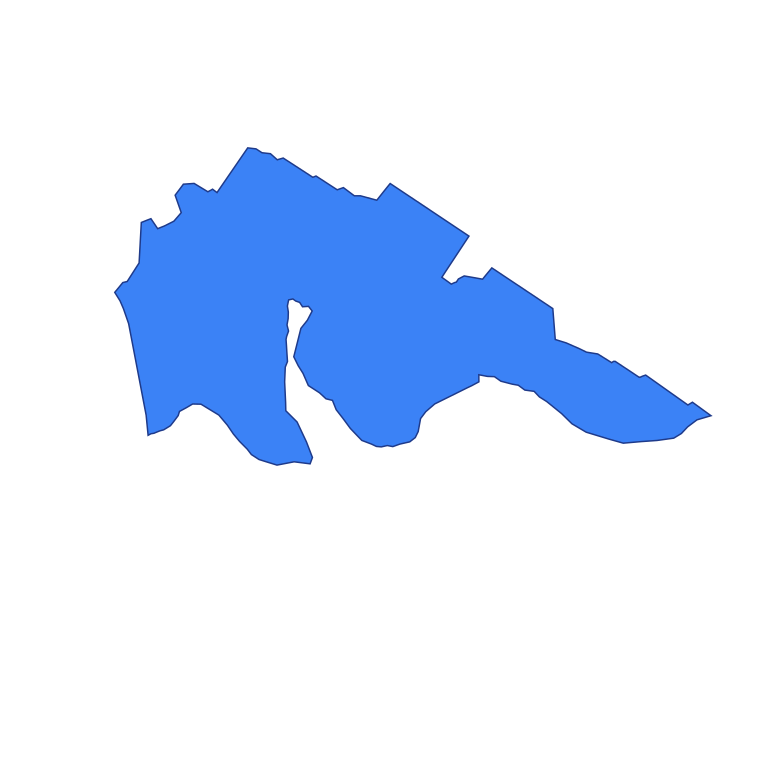 the district of Saparmyrat Turkmenbasy, Tashauz, Turkmenistan, rotated 213°
{"feature_id": "10190150B43921321162948", "entity_name": "Saparmyrat Turkmenbasy", "entity_type": "district", "adm_level": 2, "iso_a3": "TKM", "parent_name": "Turkmenistan", "parent_adm1": "Tashauz", "projection": "natural_earth1", "projection_center": [58.279, 42.355], "detail": "fine", "context": "isolated", "style": "filled", "palette": "blue", "viewbox_px": 768, "rotation_deg": 213, "n_neighbors": 0, "source": "geoboundaries", "source_scale": "gbopen_adm2", "svg_char_len": 2522}
<svg xmlns="http://www.w3.org/2000/svg" viewBox="0 0 768 768"><g transform="rotate(213 384 384)"><path d="M357.9,530.6L358.4,525.6L366.5,522.2L375.6,518.3L376.8,516.2L378.8,512.6L378.8,512.3L378.8,508.9L379.7,507.9L380.1,507.4L382.0,504.4L393.6,505.0L393.6,511.7L393.3,554.3L488.0,555.5L488.1,554.9L489.1,545.1L490.1,534.5L490.2,534.2L506.3,529.0L510.1,526.5L511.2,525.8L511.4,525.7L513.3,525.8L525.0,526.6L526.8,524.3L529.0,521.4L553.7,521.4L554.3,521.4L555.9,519.1L556.3,518.6L590.3,518.6L591.6,518.6L595.0,514.7L595.6,513.9L603.2,515.1L604.7,515.3L611.9,511.7L612.3,511.5L613.9,511.5L619.4,511.5L626.9,507.8L628.3,454.1L628.3,453.6L631.0,453.8L633.9,454.0L634.9,452.0L636.4,449.3L652.5,448.8L655.4,446.6L661.1,442.3L661.1,441.5L662.0,428.6L647.4,417.3L647.7,414.7L648.9,406.1L651.1,402.3L654.4,396.7L655.7,394.9L658.4,391.0L669.5,395.7L671.7,392.7L675.5,387.3L666.9,372.3L662.4,364.5L655.3,352.1L655.3,348.3L655.2,330.1L657.1,328.1L658.3,326.8L659.5,316.1L659.6,315.6L659.7,314.2L650.7,310.0L643.6,305.3L631.0,295.5L566.5,228.3L553.9,212.5L552.4,215.3L550.1,217.4L548.6,219.6L546.4,222.7L543.8,225.6L540.4,232.7L539.9,237.9L539.4,245.4L540.6,249.6L536.9,256.4L533.6,263.0L526.5,267.4L505.6,268.0L493.0,264.2L483.0,260.0L473.9,257.2L463.3,254.9L456.8,252.6L447.7,252.6L441.2,254.4L429.6,257.7L417.0,269.8L402.5,276.8L404.0,283.4L417.5,293.2L436.2,304.8L451.8,308.1L456.3,314.7L468.5,331.7L476.0,344.4L477.2,350.3L483.2,358.3L486.5,362.8L490.4,368.0L491.5,370.7L492.9,376.4L497.5,380.7L500.0,386.6L503.4,392.2L507.5,396.8L509.8,402.6L506.7,405.7L503.2,405.5L499.2,406.5L494.4,404.4L489.6,408.0L484.0,406.1L483.0,395.7L484.0,385.4L479.5,372.3L474.5,357.7L465.9,352.6L457.7,348.8L446.6,341.5L433.3,341.5L424.6,340.0L418.3,342.2L410.1,336.4L399.7,332.8L388.0,328.4L381.3,326.8L371.9,324.6L361.7,326.8L356.4,327.5L352.0,329.8L347.7,334.2L342.5,336.3L338.0,342.2L330.9,349.5L328.6,356.1L329.4,362.7L334.5,374.9L333.9,383.5L330.6,394.9L311.9,426.5L309.6,430.2L305.6,437.5L309.5,443.4L301.4,446.7L295.4,450.3L287.5,450.0L276.4,453.7L270.7,456.1L262.6,455.6L254.1,459.6L246.6,457.8L238.0,457.9L218.9,455.9L204.7,453.0L188.2,453.7L165.3,460.3L151.1,464.7L136.9,475.8L124.2,485.4L111.5,496.4L107.6,504.5L106.0,513.4L102.0,524.4L92.5,535.5L115.4,536.7L117.7,531.9L169.4,534.0L171.6,531.2L172.8,529.2L173.1,529.2L173.6,528.6L202.4,528.9L203.8,528.0L204.7,525.9L210.2,525.8L221.1,525.6L231.5,521.0L238.9,520.1L253.6,517.7L264.6,514.6L283.5,539.2L356.8,540.1L357.9,530.6Z" fill="#3b82f6" stroke="#1e3a8a" stroke-width="1.5"/></g></svg>